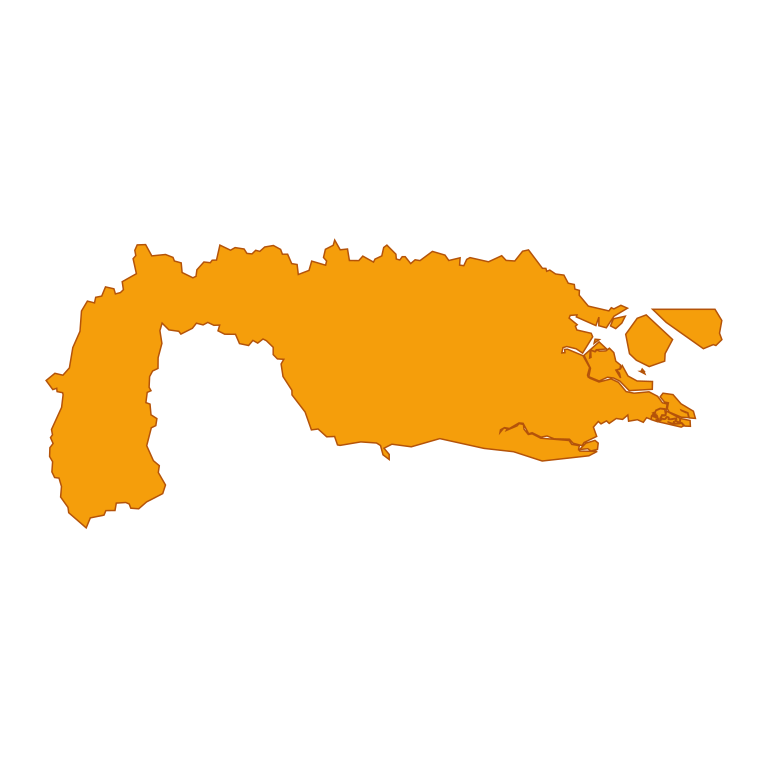 Nunukan, Kalimantan Timur, Indonesia
{"feature_id": "22746128B24707766174966", "entity_name": "Nunukan", "entity_type": "district", "adm_level": 2, "iso_a3": "IDN", "parent_name": "Indonesia", "parent_adm1": "Kalimantan Timur", "projection": "mercator", "projection_center": [117.147, 3.905], "detail": "fine", "context": "isolated", "style": "filled", "palette": "amber", "viewbox_px": 768, "rotation_deg": 0, "n_neighbors": 0, "source": "geoboundaries", "source_scale": "gbopen_adm2", "svg_char_len": 6114}
<svg xmlns="http://www.w3.org/2000/svg" viewBox="0 0 768 768"><path d="M389.2,459.5L389.2,454.4L384.0,448.2L391.9,444.2L411.3,446.8L439.8,438.6L484.0,448.4L513.5,451.7L542.2,461.0L588.9,455.8L597.2,451.4L579.9,451.1L578.5,449.3L579.4,445.7L571.8,444.4L569.1,440.5L540.7,438.2L532.2,433.8L528.3,434.5L524.0,429.2L523.4,424.4L519.1,423.6L517.0,425.9L506.4,430.4L507.4,428.7L503.8,428.0L500.0,432.6L500.5,429.8L504.6,427.6L509.4,428.5L519.0,422.9L523.1,423.3L528.7,433.8L532.1,432.7L541.0,437.1L547.0,436.0L554.2,438.8L569.5,439.2L573.1,443.2L582.0,445.6L584.1,442.5L596.7,436.4L593.4,427.1L598.3,421.5L601.0,423.9L606.5,420.9L609.2,423.4L616.2,418.5L622.6,419.4L627.8,415.0L628.6,421.2L637.4,419.7L643.3,422.3L646.6,417.7L651.1,419.4L651.5,416.0L652.6,414.7L652.8,414.9L652.9,415.2L652.7,415.8L654.1,415.7L654.2,416.8L656.9,416.4L655.0,416.2L654.8,415.4L655.8,414.4L654.0,414.4L653.1,413.4L653.2,412.7L655.2,412.1L655.9,410.2L660.1,408.3L664.8,408.8L666.2,409.9L667.1,404.0L662.4,402.8L657.6,396.3L649.0,391.8L634.1,393.2L626.1,391.6L618.5,382.4L611.1,378.9L599.0,382.0L590.2,378.4L588.1,377.0L587.5,375.1L589.6,367.6L583.0,355.7L567.5,349.2L564.7,349.4L564.9,352.7L561.8,352.9L563.0,347.6L566.8,346.5L576.2,348.8L582.6,353.1L592.7,336.8L591.2,333.3L576.9,330.0L575.4,326.2L577.2,324.7L569.1,318.1L570.2,315.4L577.0,314.9L576.3,316.9L595.9,325.6L598.9,317.1L598.8,325.7L606.3,327.8L614.0,316.2L627.5,308.2L620.9,305.3L613.9,308.9L611.3,307.7L608.9,310.9L588.3,306.1L579.2,295.2L579.4,290.4L574.9,289.1L574.3,284.5L568.2,283.2L563.9,275.1L555.6,274.0L549.8,270.1L546.7,271.3L545.9,268.4L542.4,268.3L528.5,249.9L522.6,251.2L514.8,261.0L506.1,260.4L501.7,255.7L488.5,261.8L470.0,257.6L466.7,259.4L463.8,265.7L459.6,265.1L460.1,257.8L448.8,260.5L445.0,255.1L432.4,251.4L420.0,260.6L415.1,259.8L410.7,263.6L405.2,256.7L402.2,256.7L399.8,260.0L396.3,259.0L395.9,254.2L386.9,245.1L383.7,247.5L381.8,255.9L375.0,259.1L373.5,262.1L362.8,256.1L358.8,260.6L349.4,260.5L347.5,249.0L340.2,249.8L334.7,240.1L333.2,245.3L325.4,249.3L323.5,257.5L326.6,261.0L325.6,265.2L311.7,261.1L309.0,270.4L298.3,274.5L297.1,264.5L291.7,263.6L287.6,254.2L282.4,254.2L280.6,249.4L273.4,245.5L264.7,247.0L259.8,251.4L255.7,250.3L252.0,253.9L246.9,253.4L244.1,249.0L235.1,247.6L230.5,250.2L219.9,245.1L216.5,260.1L212.2,260.2L210.3,262.7L203.9,262.0L196.9,269.8L196.0,276.3L192.9,277.8L182.1,272.5L181.2,262.9L174.4,261.0L173.0,257.4L165.5,254.5L151.8,255.9L145.6,244.6L137.2,244.9L134.8,250.3L135.8,255.6L133.1,258.7L136.4,273.7L122.2,281.7L123.4,289.7L120.4,292.6L115.4,293.9L113.9,288.8L105.5,286.9L101.7,296.1L95.7,297.3L94.5,302.9L87.4,301.1L81.5,311.0L80.0,331.3L72.8,347.6L69.4,367.9L62.9,375.2L54.9,373.3L46.1,380.5L52.8,389.6L56.7,388.3L57.1,391.6L62.6,392.7L63.1,394.7L61.6,407.4L51.5,429.5L52.5,434.8L50.5,437.6L53.1,443.5L49.9,447.7L49.6,456.5L52.6,461.7L51.9,471.9L54.6,477.5L59.0,478.1L61.5,486.5L60.6,497.0L68.0,507.4L68.7,512.7L86.2,527.9L90.3,517.9L104.0,515.1L105.9,510.6L115.0,510.5L116.3,503.1L125.8,502.5L129.2,504.0L130.8,508.2L138.7,508.8L146.6,501.9L162.7,493.6L165.5,485.0L158.3,472.5L159.3,465.7L153.4,460.7L146.7,445.7L151.3,427.8L155.8,425.6L156.9,418.6L151.0,414.8L150.0,404.1L145.9,402.6L147.2,392.4L151.0,390.7L149.1,387.3L149.6,376.6L152.6,371.0L158.0,368.4L158.1,357.7L161.9,343.4L159.9,330.6L162.1,323.1L168.9,329.9L178.8,331.3L180.9,334.1L192.4,328.3L196.4,323.2L203.1,324.9L207.8,322.4L213.9,325.3L219.7,325.1L218.0,330.8L224.7,334.2L235.5,334.3L239.5,343.6L248.6,345.5L252.9,340.4L257.7,343.1L263.0,339.0L266.4,340.7L273.2,347.3L273.2,354.6L277.4,358.9L283.8,359.3L281.1,364.0L283.0,376.5L291.9,390.3L292.0,394.9L305.1,412.0L311.4,429.9L318.1,429.0L326.7,436.8L334.6,436.5L337.5,444.9L340.0,445.4L360.8,441.9L376.5,443.0L380.5,445.5L383.0,454.8L389.2,459.5ZM715.0,309.3L652.6,309.3L666.2,322.4L703.4,348.7L713.3,344.6L715.9,345.5L721.9,339.6L719.5,333.2L721.8,320.5L715.0,309.3ZM646.2,314.9L637.2,318.3L625.7,334.3L629.5,353.7L636.3,360.2L649.2,366.6L664.7,361.1L665.1,353.6L672.6,339.5L646.2,314.9ZM606.7,349.0L599.1,341.9L584.0,355.3L590.5,368.2L588.8,376.7L599.2,381.0L607.5,377.2L613.5,378.0L619.9,381.1L629.2,390.6L652.3,389.3L652.5,381.5L637.1,381.0L628.0,376.0L622.3,365.6L620.3,369.1L616.3,370.0L619.4,373.0L620.6,378.0L615.9,370.2L620.0,368.7L620.6,365.1L615.8,361.2L613.8,352.6L609.4,348.2L605.9,350.9L599.5,351.2L596.9,350.0L595.1,351.8L590.7,350.3L591.0,357.4L589.6,358.0L590.4,349.9L595.0,351.5L596.3,349.7L606.7,349.0ZM673.0,394.6L663.0,393.2L660.2,396.8L664.5,402.0L668.4,402.8L667.3,408.6L669.1,412.0L681.4,417.2L688.7,417.6L687.6,412.8L686.0,412.7L681.3,410.5L681.1,410.1L687.9,412.8L689.2,417.9L695.4,418.4L693.4,411.2L681.0,403.8L673.0,394.6ZM615.7,328.6L621.8,323.1L625.3,316.2L613.4,318.8L610.5,325.9L615.7,328.6ZM597.5,449.3L598.2,443.1L595.0,440.4L585.8,443.2L579.6,449.5L587.9,448.7L590.9,451.0L597.5,449.3ZM672.1,419.4L668.8,419.5L668.3,419.1L668.5,417.4L667.0,416.9L665.5,419.1L663.9,419.4L661.6,418.5L661.3,419.8L658.5,421.8L681.2,427.1L683.7,425.9L681.4,423.0L679.5,423.7L674.9,424.0L674.2,423.6L673.9,422.3L673.5,423.7L672.7,423.9L667.4,421.7L673.0,423.7L673.7,421.8L674.6,422.2L674.6,423.8L679.7,423.3L675.2,420.8L676.1,418.4L672.1,419.4ZM669.3,419.3L676.1,418.2L676.7,419.1L675.4,420.7L679.8,422.3L679.9,418.3L666.5,411.1L665.7,415.3L663.9,415.9L662.0,415.1L661.8,416.5L661.1,417.6L660.4,418.1L664.9,419.1L666.5,416.9L667.4,416.8L668.7,417.3L669.3,419.3ZM658.5,419.5L656.5,420.5L661.3,419.6L660.2,418.1L662.0,414.9L665.7,415.0L664.7,409.4L660.4,408.7L655.9,410.6L655.3,412.5L653.3,413.0L655.9,414.3L655.2,416.0L657.1,415.6L657.2,416.4L656.1,417.3L656.5,417.4L657.1,416.7L657.5,416.8L657.6,417.6L658.4,418.9L658.5,419.5ZM690.1,420.5L680.5,418.5L680.1,422.3L681.8,422.8L684.9,426.1L690.4,426.3L690.1,420.5ZM658.5,419.5L657.5,417.8L657.3,416.8L656.4,417.6L654.0,416.9L652.6,416.0L652.6,414.9L651.7,416.1L651.2,419.6L657.8,421.8L659.6,420.3L656.5,420.8L656.2,419.3L658.5,419.5ZM599.3,339.6L595.1,339.2L594.1,343.3L599.3,339.6ZM644.9,373.9L643.8,371.2L640.1,371.4L644.9,373.9ZM643.8,370.9L642.2,369.0L641.5,370.4L643.8,370.9Z" fill="#f59e0b" stroke="#b45309" stroke-width="1.5"/></svg>